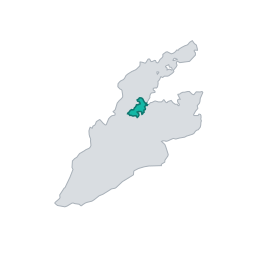 Uzgen, Osh, Kyrgyzstan shown in context, rotated 148°
{"feature_id": "92254566B62299131303841", "entity_name": "Uzgen", "entity_type": "district", "adm_level": 2, "iso_a3": "KGZ", "parent_name": "Kyrgyzstan", "parent_adm1": "Osh", "projection": "orthographic", "projection_center": [73.5, 40.749], "detail": "fine", "context": "in_parent", "style": "filled", "palette": "teal", "viewbox_px": 256, "rotation_deg": 148, "n_neighbors": 0, "source": "geoboundaries", "source_scale": "gbopen_adm2", "svg_char_len": 4503}
<svg xmlns="http://www.w3.org/2000/svg" viewBox="0 0 256 256"><g transform="rotate(148 128 128)"><path d="M59.1,151.7L59.8,151.3L61.7,150.9L65.7,150.7L67.0,151.0L69.7,152.7L71.7,152.5L72.1,152.7L72.9,154.1L75.8,152.2L77.9,151.6L79.0,149.6L81.2,147.2L83.1,146.9L83.2,147.3L83.5,147.6L85.5,148.2L86.1,147.6L86.4,146.7L85.7,145.3L85.7,144.7L86.3,143.9L89.4,145.2L90.1,145.2L91.5,144.5L92.8,143.2L93.3,142.2L99.7,138.9L100.1,138.3L100.0,137.8L97.4,137.0L96.2,137.5L95.1,137.5L94.4,137.0L91.2,136.7L90.5,136.4L88.4,134.0L85.8,132.4L84.5,132.5L83.0,133.1L82.5,132.8L82.4,130.5L82.1,129.2L81.2,128.8L80.1,129.3L76.8,128.5L76.5,125.7L75.4,123.1L73.7,122.1L73.7,120.6L73.1,119.9L72.6,120.1L71.9,120.9L72.2,122.5L71.9,124.2L71.5,125.0L70.7,125.6L69.9,125.6L68.5,124.7L68.1,129.8L67.8,130.1L66.1,129.4L64.7,129.6L62.6,129.3L61.1,128.4L58.0,127.3L56.6,126.4L55.8,123.0L55.0,121.7L54.3,121.4L51.0,122.5L47.7,120.3L46.1,119.8L45.7,119.2L45.8,118.4L51.0,114.8L53.0,112.3L54.3,111.2L57.5,110.2L58.3,107.8L58.6,107.5L61.8,106.5L65.4,104.5L65.5,103.9L65.2,103.4L62.0,101.4L60.4,102.2L59.4,101.1L59.5,99.9L60.6,98.0L61.5,97.1L62.0,95.2L63.3,94.0L64.7,92.0L66.3,90.4L69.3,89.3L71.0,89.7L72.6,89.5L75.0,88.5L76.5,88.5L82.7,90.1L84.7,90.2L89.6,92.2L93.3,93.3L95.2,95.2L101.3,96.0L102.9,96.6L103.5,97.5L105.3,98.7L106.7,98.9L105.5,94.4L106.0,91.7L107.9,84.3L108.9,83.2L113.8,81.1L114.9,79.6L118.5,79.6L119.2,79.3L119.6,78.4L130.6,84.8L134.8,86.5L140.5,88.1L145.4,88.5L146.2,88.1L148.1,85.5L149.0,85.4L161.1,85.5L169.6,83.8L170.9,83.8L174.2,85.1L184.4,85.1L188.4,85.8L194.7,85.1L197.4,85.1L202.3,86.7L204.0,87.0L207.2,87.0L208.4,86.7L209.1,87.0L209.9,89.3L213.1,92.0L214.3,93.5L215.4,94.0L221.1,94.1L223.3,94.6L228.9,99.7L229.9,102.8L229.4,103.5L223.8,104.4L222.6,104.9L221.4,107.4L214.1,110.8L213.0,110.8L203.3,117.0L196.6,122.0L196.4,124.2L192.6,129.5L189.5,130.3L186.9,130.3L182.6,132.0L177.1,131.8L175.2,131.9L171.6,131.4L170.1,131.8L168.6,132.9L166.6,137.0L165.8,138.0L165.4,138.9L165.1,140.9L164.4,143.0L162.7,146.2L161.1,147.7L159.7,148.7L158.5,146.8L156.7,148.2L154.9,148.0L153.8,148.4L151.4,150.2L147.7,150.2L147.3,149.6L146.5,145.0L145.8,142.9L145.3,142.4L144.6,142.4L139.5,146.1L137.0,146.8L135.0,146.9L132.4,145.9L131.9,146.2L131.4,146.8L131.2,147.5L132.0,149.5L131.8,150.0L130.7,149.9L129.0,150.4L124.0,154.8L120.9,155.9L117.9,156.4L116.1,157.1L115.1,158.7L113.2,163.1L113.3,164.1L114.1,165.2L114.7,167.9L114.6,168.6L113.0,170.8L111.0,171.5L109.4,171.8L106.3,171.5L104.7,171.9L101.8,173.6L99.4,173.9L94.9,173.9L90.5,173.3L89.1,173.5L85.1,174.4L83.8,175.9L83.0,177.4L82.7,177.6L81.1,176.2L79.1,173.9L78.2,174.0L74.6,175.7L74.1,175.7L73.1,175.0L73.3,172.1L72.1,171.5L69.7,171.3L68.9,170.6L69.3,168.8L69.0,168.1L68.4,167.5L67.1,167.7L64.6,169.1L61.7,169.6L60.6,170.1L59.4,172.0L55.5,172.3L54.3,171.8L52.0,168.0L50.0,167.4L47.9,167.5L45.1,168.3L44.5,167.5L43.8,167.3L43.1,167.9L39.7,167.9L36.2,167.6L34.2,167.1L32.9,167.1L30.3,168.0L27.2,168.0L27.0,164.5L26.1,162.1L27.3,158.3L27.9,157.1L30.1,158.7L31.0,158.5L31.2,157.7L31.0,156.0L32.2,154.1L40.5,151.9L49.5,156.0L50.6,158.5L51.4,158.4L52.7,157.4L53.1,155.3L54.9,154.2L58.9,152.9L59.1,151.7ZM63.6,160.3L63.8,160.0L63.1,158.1L64.1,156.5L62.2,156.2L61.3,155.6L60.3,153.9L60.0,153.8L59.4,154.3L59.1,155.4L59.3,156.6L60.6,157.8L59.9,160.1L62.6,160.5L63.6,160.3ZM54.0,161.7L53.9,161.2L53.3,160.9L49.9,160.1L50.0,160.6L51.3,162.4L52.3,162.6L54.0,161.7ZM74.4,159.1L74.6,158.0L72.6,158.6L72.3,159.2L73.0,159.9L73.9,160.2L74.4,159.1Z" fill="#d9dde1" stroke="#a8b0b8" stroke-width="1"/><path d="M105.4,147.0L105.6,146.1L105.6,145.6L104.7,144.7L104.4,144.2L104.7,143.6L104.5,142.6L105.1,142.0L106.2,142.4L107.5,142.4L107.9,143.0L108.5,143.2L109.5,142.4L110.7,141.8L111.8,141.7L112.8,141.0L113.5,140.5L114.9,141.2L115.2,141.7L116.8,141.7L118.6,140.9L119.8,140.9L120.8,140.3L119.9,139.3L119.8,137.7L118.7,137.2L117.4,135.4L116.4,135.2L115.3,134.4L114.6,134.3L114.6,132.1L113.3,132.3L111.9,133.1L111.5,133.9L111.4,135.0L111.8,135.8L111.8,136.7L110.6,136.5L108.5,135.2L107.9,134.3L108.1,133.7L108.8,132.9L108.9,132.2L108.2,132.2L107.2,132.8L106.1,132.8L105.1,134.7L104.3,134.6L103.6,134.5L103.0,135.1L102.6,137.3L100.9,137.7L100.0,137.1L99.9,137.0L99.2,137.3L99.3,137.4L99.3,137.6L99.6,137.7L99.8,137.5L100.1,137.7L100.1,137.8L100.1,138.4L100.2,138.9L99.2,139.2L100.2,140.1L100.4,141.8L100.1,144.8L100.3,145.0L100.3,145.6L100.5,146.1L101.0,146.6L101.5,147.0L102.4,147.5L103.7,146.9L104.5,147.0L105.2,147.0L105.4,147.0Z" fill="#14b8a6" stroke="#0f766e" stroke-width="1.5"/></g></svg>